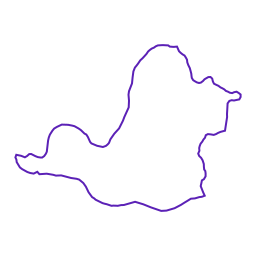 the district of Esperantina, Tocantins, Brazil
{"feature_id": "56859067B95220244681893", "entity_name": "Esperantina", "entity_type": "district", "adm_level": 2, "iso_a3": "BRA", "parent_name": "Brazil", "parent_adm1": "Tocantins", "projection": "natural_earth1", "projection_center": [-48.538, -5.311], "detail": "fine", "context": "isolated", "style": "outline", "palette": "violet", "viewbox_px": 256, "rotation_deg": 0, "n_neighbors": 0, "source": "geoboundaries", "source_scale": "gbopen_adm2", "svg_char_len": 2323}
<svg xmlns="http://www.w3.org/2000/svg" viewBox="0 0 256 256"><path d="M204.7,195.7L203.1,192.2L200.7,186.1L201.4,183.0L201.9,180.4L203.9,179.2L205.6,176.3L205.6,173.3L205.3,171.1L204.2,169.5L203.9,166.9L203.8,164.0L202.6,160.3L201.1,157.8L199.2,156.0L198.2,153.6L199.4,150.8L199.2,148.0L199.7,146.0L200.6,143.7L202.3,141.6L203.4,139.6L205.0,137.7L205.8,135.2L207.9,134.1L210.9,134.4L213.7,134.9L216.0,134.1L218.1,132.9L220.5,131.9L222.7,131.3L225.0,130.7L227.1,117.0L227.0,114.1L227.2,110.7L227.6,103.4L229.4,100.9L231.7,100.2L234.0,100.5L236.8,99.9L239.3,99.4L240.6,97.0L240.6,94.5L238.7,93.0L236.6,91.7L234.1,92.2L232.2,93.1L229.8,92.7L228.0,91.7L225.9,90.9L224.3,89.4L222.4,88.3L220.5,87.4L218.4,85.8L216.4,84.9L214.0,83.7L212.9,81.5L212.2,78.6L210.5,77.0L208.3,77.1L206.0,78.4L204.5,79.3L203.0,81.0L200.9,82.6L199.0,83.0L196.9,82.4L195.3,81.5L193.2,80.2L191.8,77.9L191.5,75.8L191.3,73.8L190.7,71.4L189.8,68.1L188.3,65.1L187.3,62.4L187.0,59.7L185.8,57.5L184.5,55.5L182.6,54.4L180.5,52.7L179.0,51.2L177.0,46.6L173.6,46.9L169.8,46.6L168.2,45.4L162.6,45.1L157.9,45.4L155.8,46.3L154.0,47.6L151.7,48.6L149.8,50.0L148.1,51.5L146.5,53.9L144.8,55.8L142.5,58.3L140.3,60.3L138.0,63.7L136.4,65.8L134.9,67.6L133.4,71.4L132.9,75.2L132.6,77.4L132.0,83.4L129.0,91.2L128.5,94.7L129.0,100.7L128.7,107.4L124.3,117.1L123.0,120.6L119.1,128.4L114.3,133.7L110.4,139.3L109.0,142.9L107.7,144.4L105.9,145.9L102.9,147.0L97.1,145.8L91.4,143.4L90.1,141.9L87.9,137.0L86.3,134.5L84.5,133.6L80.9,130.1L78.6,128.5L74.5,126.2L72.2,125.6L68.1,124.8L61.8,124.6L56.9,126.9L54.1,128.6L52.4,130.7L49.9,134.6L48.8,137.5L48.1,140.5L46.8,151.7L45.9,153.7L44.2,156.1L42.2,157.5L40.4,157.5L37.8,157.1L35.3,156.1L31.2,154.0L29.2,154.1L27.1,156.0L24.9,157.3L21.1,155.8L16.3,154.8L15.4,157.4L16.4,159.6L16.7,162.1L19.9,167.4L22.1,169.1L27.3,172.0L30.2,173.0L33.7,173.6L37.3,171.8L39.4,174.2L46.7,173.7L53.2,174.8L55.9,175.6L61.2,175.4L71.1,178.0L76.6,178.8L79.2,179.6L83.3,183.0L85.9,186.7L88.6,192.3L92.1,197.1L94.2,198.4L95.6,199.7L102.5,203.1L104.5,203.7L106.7,204.2L111.5,205.8L113.5,205.6L117.8,205.8L121.1,205.1L123.9,205.0L135.1,201.8L143.3,204.3L151.0,207.4L161.2,210.9L166.5,210.6L174.6,208.2L180.9,204.9L184.2,202.8L188.0,200.5L190.9,198.7L194.9,198.4L197.6,197.6L199.3,197.1L201.8,196.8L204.7,195.7Z" fill="none" stroke="#5b21b6" stroke-width="2"/></svg>